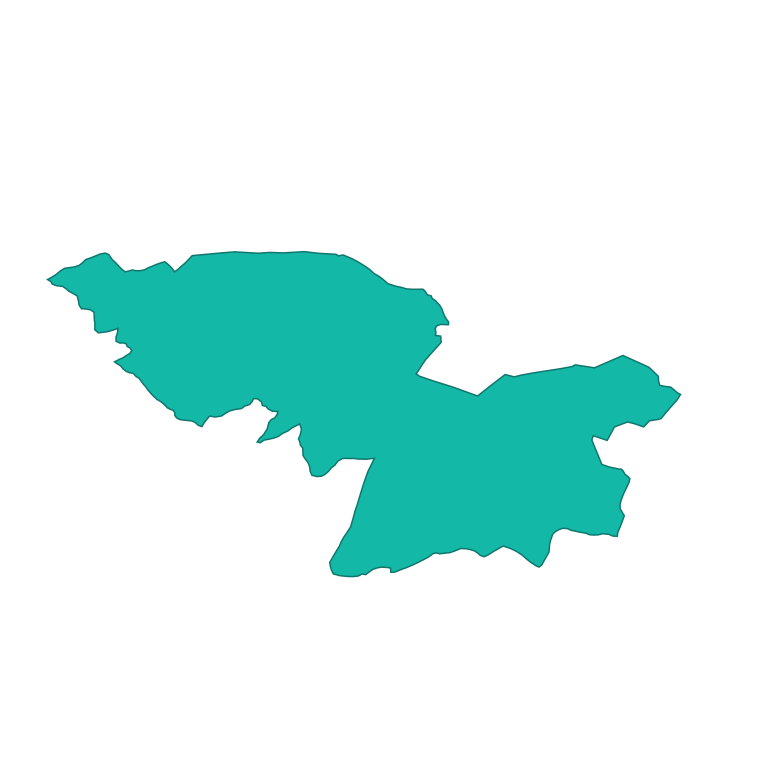 the district of Luanda, Western, Kenya, rotated 247°
{"feature_id": "3690345B72511409589589", "entity_name": "Luanda", "entity_type": "district", "adm_level": 2, "iso_a3": "KEN", "parent_name": "Kenya", "parent_adm1": "Western", "projection": "equal_earth", "projection_center": [34.601, 0.021], "detail": "fine", "context": "isolated", "style": "filled", "palette": "teal", "viewbox_px": 768, "rotation_deg": 247, "n_neighbors": 0, "source": "geoboundaries", "source_scale": "gbopen_adm2", "svg_char_len": 4827}
<svg xmlns="http://www.w3.org/2000/svg" viewBox="0 0 768 768"><g transform="rotate(247 384 384)"><path d="M240.9,264.3L236.9,263.3L233.3,262.9L228.9,263.2L224.7,268.7L222.0,273.5L220.6,276.3L218.9,280.1L217.3,285.3L217.7,289.6L215.7,292.6L216.6,296.4L217.7,301.3L217.3,306.5L216.3,310.3L214.3,314.4L212.1,318.1L208.1,316.7L206.6,320.4L206.5,328.3L206.2,332.4L206.2,340.0L206.4,344.7L206.9,352.3L207.4,357.5L208.7,363.1L208.0,366.5L206.0,368.7L204.6,373.6L203.0,378.9L202.7,383.4L202.6,390.2L200.3,395.2L197.7,398.9L195.0,402.1L191.8,404.2L188.8,405.5L185.9,408.6L185.9,412.7L187.0,419.0L188.3,430.3L186.0,433.0L183.1,436.2L179.3,439.6L176.5,441.7L172.7,444.2L169.7,445.7L167.1,446.9L163.0,449.1L160.1,451.1L157.1,453.0L154.9,455.2L155.9,458.7L158.6,462.1L160.8,465.0L162.6,467.3L164.8,470.2L168.2,472.0L172.1,474.0L175.9,477.0L180.0,480.9L181.3,484.7L181.6,488.4L181.3,492.2L179.3,496.2L176.1,499.2L174.0,502.3L170.7,506.9L167.8,511.5L164.9,514.4L162.9,518.3L161.4,522.5L160.7,526.8L157.8,532.2L154.7,535.1L152.7,539.2L156.1,541.3L159.1,544.4L161.9,547.3L168.8,553.7L173.2,553.1L176.9,552.7L181.4,554.4L185.1,557.6L188.8,561.1L197.8,571.2L200.8,573.3L203.7,572.3L206.7,570.5L210.2,570.2L212.7,569.4L214.2,566.6L219.4,559.2L224.8,553.1L251.2,553.4L254.6,556.4L244.9,567.4L247.9,571.2L254.4,579.3L254.1,588.3L253.9,593.2L252.1,595.7L249.1,599.6L246.2,602.8L243.0,606.3L246.4,613.9L245.3,618.5L244.4,621.7L243.9,625.6L247.1,631.5L249.9,637.2L254.4,646.8L256.6,650.2L258.5,652.9L261.5,650.5L264.5,649.1L269.2,646.6L271.5,642.5L275.0,637.3L279.4,637.9L284.0,639.5L295.9,634.4L316.9,615.1L316.7,588.6L316.7,584.0L326.9,567.5L326.6,563.7L329.2,552.1L335.9,525.7L338.4,514.5L339.7,506.6L345.4,499.2L340.2,479.2L336.4,465.5L343.5,457.8L354.7,445.7L367.8,430.3L377.3,419.7L380.7,417.6L383.1,421.3L386.9,426.7L390.2,432.0L392.3,436.4L400.0,452.9L405.9,454.9L408.6,450.3L411.0,451.9L415.0,452.8L417.0,455.3L416.7,459.5L413.4,466.4L415.7,467.7L419.9,466.7L423.2,466.3L426.9,466.4L430.5,466.6L434.7,466.1L437.9,464.8L440.6,464.0L443.8,461.8L446.8,461.8L449.2,458.7L453.1,458.2L456.0,456.9L460.3,446.7L462.7,442.0L466.4,437.4L469.6,432.8L471.9,430.2L474.8,426.8L481.2,423.7L485.1,421.4L489.6,418.0L495.0,415.6L501.1,411.7L506.1,408.1L511.2,404.1L518.7,396.9L519.8,392.1L522.0,390.7L529.8,375.0L536.9,362.5L539.8,354.4L544.2,342.1L545.8,338.7L549.7,330.4L553.5,319.4L564.0,298.1L566.9,289.5L568.4,284.9L577.1,257.6L575.2,253.3L573.4,249.2L572.3,245.8L571.1,242.0L569.8,238.6L569.1,234.9L572.5,234.3L576.1,233.0L579.7,231.4L582.2,230.0L582.6,226.5L583.0,221.5L583.0,216.0L583.1,212.5L582.7,208.6L583.5,203.9L585.5,199.4L587.3,197.0L587.7,193.1L588.4,189.6L592.0,187.5L596.5,185.8L601.1,184.1L604.5,182.5L607.7,181.8L610.7,181.3L613.5,178.4L614.6,172.9L614.6,168.4L614.7,163.4L615.1,158.2L613.2,153.2L612.3,149.6L612.8,144.5L614.1,139.7L615.3,135.0L614.4,129.7L613.0,125.3L612.2,120.6L611.6,115.1L608.4,117.5L605.8,117.6L602.6,120.7L599.2,126.5L595.6,128.7L592.8,130.0L589.7,132.4L587.5,134.1L585.0,136.0L582.3,135.6L579.4,135.1L575.7,134.2L571.5,134.9L569.2,139.5L566.8,142.9L563.3,145.1L559.3,143.6L555.8,142.3L553.1,141.7L550.1,140.4L546.8,139.0L542.7,141.1L541.3,145.8L540.3,149.5L539.6,154.7L539.1,160.9L535.1,158.5L531.8,155.6L528.0,154.1L524.9,156.8L523.7,160.1L521.7,162.4L518.9,162.3L516.6,164.1L513.5,165.0L511.4,162.0L511.0,158.5L510.1,153.8L510.1,150.0L509.7,144.6L507.4,145.9L503.8,148.6L499.9,149.7L496.0,151.9L493.9,154.1L491.7,157.4L488.0,158.6L485.0,160.7L480.6,161.8L477.9,162.4L474.7,163.5L470.6,164.4L466.5,165.7L462.5,167.2L458.5,169.0L454.6,171.9L449.8,174.3L446.4,175.5L444.1,177.5L442.0,179.8L439.4,180.1L436.6,179.2L434.0,179.8L431.5,181.6L429.8,184.2L427.3,188.6L425.2,192.4L422.5,195.1L418.5,196.9L415.9,199.7L418.7,203.5L421.2,208.1L422.6,211.0L419.5,215.9L418.0,222.2L419.0,226.6L419.5,231.6L418.8,236.6L417.1,243.3L418.1,247.4L417.6,252.4L419.5,255.9L421.5,258.1L419.8,261.8L415.4,264.2L411.7,263.7L409.5,266.6L406.0,267.7L402.5,270.7L400.3,275.4L397.9,274.0L395.6,270.4L395.2,266.1L393.4,262.8L391.1,261.1L388.2,258.9L386.3,256.0L384.4,253.4L382.6,248.3L380.1,244.6L378.3,247.1L379.2,251.8L378.2,256.3L377.3,261.4L377.0,266.4L378.2,271.0L378.3,277.2L379.7,282.8L379.9,287.4L380.1,290.9L374.5,290.3L370.0,287.0L366.8,283.8L363.9,283.9L360.1,283.1L357.0,284.2L354.1,283.2L349.7,281.5L345.4,282.3L340.8,283.4L336.3,283.1L332.6,281.9L328.1,282.0L325.0,286.1L323.6,290.6L323.8,294.3L325.3,298.8L327.5,303.0L328.5,307.1L331.0,311.3L331.7,316.5L330.4,319.9L328.8,323.4L327.0,327.7L325.3,330.3L323.5,334.4L321.8,337.9L320.6,341.9L319.4,346.2L309.8,335.1L305.3,330.9L300.9,326.9L294.9,321.8L289.3,317.1L283.6,312.4L278.5,307.8L273.6,304.0L268.9,300.2L265.5,297.4L263.2,294.0L260.7,290.3L258.6,286.9L255.4,282.9L252.0,279.3L248.5,274.4L244.8,269.4L240.9,264.3Z" fill="#14b8a6" stroke="#0f766e" stroke-width="1.5"/></g></svg>